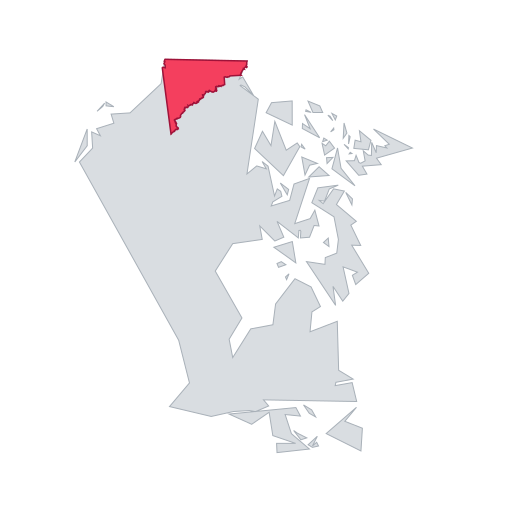 where Yukon sits in Canada, rotated 83°
{"feature_id": "CAN-636", "entity_name": "Yukon", "entity_type": "Territory", "adm_level": 1, "iso_a3": "CAN", "parent_name": "Canada", "parent_adm1": "", "projection": "albers", "projection_center": [-131.937, 64.827], "detail": "fine", "context": "in_parent", "style": "filled", "palette": "rose", "viewbox_px": 512, "rotation_deg": 83, "n_neighbors": 0, "source": "natural_earth", "source_scale": "10m", "svg_char_len": 8565}
<svg xmlns="http://www.w3.org/2000/svg" viewBox="0 0 512 512"><g transform="rotate(83 256 256)"><path d="M98.6,363.6L73.4,329.2L49.7,322.4L61.4,241.1L78.5,251.2L76.6,247.4L96.3,238.9L86.7,246.5L84.4,250.1L85.0,251.0L100.6,234.6L173.5,255.0L166.7,244.3L170.7,235.2L163.0,238.4L168.3,233.1L198.7,230.3L192.0,226.7L194.8,223.6L199.9,223.0L204.3,232.7L208.2,234.8L204.9,215.8L189.2,209.5L185.5,193.4L228.6,213.6L225.5,197.7L217.7,192.0L233.9,189.8L232.8,194.6L243.9,200.6L243.5,209.7L237.0,208.5L235.9,208.9L235.9,210.3L243.2,211.8L224.2,230.9L240.7,226.1L243.4,235.5L226.6,248.6L240.3,247.8L240.9,277.6L266.0,298.3L315.8,277.5L335.3,292.8L354.0,291.5L327.7,270.1L326.3,247.6L306.0,242.4L283.3,220.1L293.4,205.1L314.0,198.2L318.3,207.3L337.8,211.6L330.7,183.3L379.5,187.9L390.0,174.6L391.1,192.1L394.3,193.2L393.4,176.0L412.7,173.8L399.7,266.1L406.4,261.7L410.4,275.5L408.6,281.4L407.6,297.3L409.8,320.0L394.9,360.2L373.9,337.5L330.2,343.0L141.2,419.8L129.0,405.0L112.8,404.0L117.7,395.8L110.2,398.7L106.9,380.9L97.5,382.5L98.6,363.6ZM208.5,186.5L212.2,183.0L198.8,170.8L202.3,160.4L214.7,169.9L233.8,152.2L236.9,158.1L258.3,150.8L256.9,159.7L286.9,146.2L296.5,160.5L286.9,162.7L284.4,157.3L277.4,170.9L304.5,168.3L311.4,175.4L295.5,183.3L314.7,183.0L267.7,206.6L272.7,188.6L266.0,187.4L263.0,175.5L249.6,172.2L226.6,173.8L209.9,194.1L195.9,186.3L195.7,165.7L198.4,175.1L209.9,181.3L208.5,186.5ZM144.3,123.9L167.9,87.6L173.6,124.5L180.6,120.6L179.8,139.5L188.2,135.9L188.4,144.2L172.6,154.9L173.4,146.7L168.3,144.4L175.8,142.4L176.7,140.8L174.9,136.1L164.7,136.7L169.5,132.4L170.3,129.2L157.3,127.3L168.2,124.1L161.1,123.0L164.7,113.0L162.3,114.7L161.3,110.1L144.3,123.9ZM124.7,220.9L154.7,213.1L148.8,201.3L152.8,199.2L179.6,219.0L149.1,244.3L133.0,234.4L148.3,227.7L124.7,220.9ZM436.3,261.2L412.7,262.0L422.5,280.8L409.6,302.0L411.3,234.9L420.3,231.4L416.9,246.4L436.7,242.5L454.1,226.5L453.7,259.1L444.5,258.4L446.8,239.5L436.3,261.2ZM106.5,201.2L130.5,204.1L115.0,228.5L105.7,221.9L106.5,201.2ZM144.3,138.1L155.2,127.8L164.3,131.5L161.1,145.8L153.1,143.5L155.4,137.9L144.3,138.1ZM158.7,161.9L179.3,160.9L198.4,149.2L178.7,170.0L158.7,161.9ZM121.6,190.6L146.4,178.4L135.1,194.5L130.2,193.7L136.2,186.8L121.6,190.6ZM418.4,174.7L430.9,188.0L439.9,171.4L462.3,175.6L440.8,208.0L418.4,174.7ZM163.3,198.5L171.6,183.8L172.4,191.7L181.6,197.5L163.3,198.5ZM249.5,237.2L246.1,218.2L267.7,217.3L249.5,237.2ZM175.1,182.5L185.0,173.7L184.0,194.0L175.1,182.5ZM121.7,172.3L120.5,182.0L108.6,185.5L114.8,174.4L121.7,172.3ZM158.5,164.9L164.2,175.6L152.3,176.7L155.1,173.3L151.0,169.2L158.5,164.9ZM134.7,152.4L145.1,150.8L149.8,155.1L134.7,152.4ZM109.4,408.1L126.0,410.1L140.6,424.4L109.4,408.1ZM203.8,159.2L211.1,153.3L217.0,154.6L203.8,159.2ZM186.5,223.0L193.9,215.5L199.1,217.5L186.5,223.0ZM167.5,167.6L172.9,174.2L167.0,174.0L167.5,167.6ZM149.1,148.0L156.1,150.5L147.7,149.1L149.1,148.0ZM247.0,182.1L255.5,182.4L250.8,187.4L247.0,182.1ZM126.3,165.4L131.0,163.3L125.0,167.5L126.3,165.4ZM155.9,194.2L153.2,198.0L150.7,197.1L155.9,194.2ZM442.4,217.1L451.4,223.1L448.3,218.5L452.2,217.1L452.8,223.3L449.7,227.3L442.4,217.1ZM126.9,158.8L130.6,160.7L123.7,163.3L126.9,158.8ZM423.0,216.4L418.6,222.3L409.6,227.0L415.5,219.5L423.0,216.4ZM268.3,227.4L270.0,235.0L266.0,236.1L264.7,231.6L268.3,227.4ZM84.8,386.1L90.5,378.9L88.7,386.5L84.8,386.1ZM155.9,155.0L159.7,151.1L160.9,151.4L155.9,155.0ZM149.7,171.2L150.6,175.9L147.2,174.3L149.7,171.2ZM433.8,239.9L436.9,236.5L442.7,227.8L443.9,233.9L433.8,239.9ZM277.7,225.4L283.2,228.5L280.4,229.3L277.7,225.4ZM120.2,183.7L118.5,189.1L117.0,188.5L120.2,183.7ZM166.0,148.3L166.0,151.1L164.6,149.8L166.0,148.3ZM140.2,163.3L141.9,166.8L138.5,163.3L140.2,163.3ZM85.8,387.6L88.9,389.9L93.0,396.1L85.8,387.6Z" fill="#d9dde1" stroke="#a8b0b8" stroke-width="1"/><path d="M51.6,323.4L49.8,322.4L49.7,322.3L49.7,322.2L61.4,241.1L61.7,241.2L61.7,241.3L61.8,241.3L62.0,241.3L62.5,241.5L63.2,241.7L63.7,241.8L64.0,241.7L64.7,241.8L65.6,242.3L65.1,242.0L65.3,242.3L66.3,242.6L66.5,242.9L66.9,243.0L67.3,243.8L67.9,244.5L68.3,245.2L68.3,245.5L68.5,245.4L68.6,245.5L68.8,245.6L69.0,245.1L68.8,245.2L69.0,245.0L69.2,245.6L69.4,246.2L69.8,246.6L71.5,247.8L71.8,247.9L71.9,248.0L72.2,248.3L72.4,248.5L72.9,248.5L73.1,248.6L73.2,248.8L73.4,248.8L73.8,249.2L74.1,249.3L74.3,249.1L74.6,249.2L74.8,249.0L74.1,259.4L74.1,259.7L74.1,260.0L74.6,260.3L74.8,260.7L74.8,261.2L74.9,261.4L74.8,261.5L74.8,261.9L74.7,262.2L75.0,262.5L74.9,262.6L75.0,263.2L74.9,263.4L74.8,263.9L74.5,264.1L74.4,264.3L74.5,264.5L74.4,264.9L74.5,265.0L74.4,265.3L74.5,265.5L74.6,265.8L82.6,266.2L82.4,266.3L81.8,266.3L81.7,266.5L82.2,267.0L82.3,267.1L82.4,267.3L82.5,267.4L82.6,267.7L82.7,267.9L82.8,268.0L82.7,268.3L82.5,268.5L82.8,269.0L82.7,269.2L82.7,269.3L82.8,269.4L83.0,269.8L83.3,270.0L83.0,270.3L82.9,270.4L83.0,270.6L83.1,271.0L82.8,271.0L82.7,271.2L82.6,271.7L82.4,272.3L82.5,272.4L83.1,272.4L83.3,272.5L83.3,273.1L83.3,273.4L83.3,273.7L82.9,274.0L82.8,274.4L82.9,274.5L83.1,274.6L83.0,275.2L83.1,275.4L83.9,275.5L84.0,275.4L84.0,275.2L84.3,275.2L84.8,274.9L85.4,274.8L85.6,274.9L85.6,275.1L85.6,275.3L85.3,275.7L85.4,275.9L85.6,275.9L85.9,275.8L86.0,275.5L86.0,275.4L86.2,275.2L86.5,274.9L86.8,274.8L87.0,275.2L87.1,275.3L87.4,275.1L87.6,275.2L87.6,275.4L87.6,275.6L87.0,275.9L86.8,276.3L86.8,276.5L87.5,277.1L87.8,277.6L87.8,277.8L88.0,278.1L88.2,278.7L88.1,278.9L87.8,279.1L87.8,279.4L87.7,279.6L87.7,280.0L86.9,280.8L86.8,281.0L86.8,281.4L86.5,281.5L86.2,281.9L86.0,282.0L85.9,282.2L86.2,282.5L86.3,282.5L86.3,282.4L86.5,282.4L86.7,282.2L86.8,282.3L86.9,282.5L86.8,283.0L87.1,283.2L87.5,283.2L87.5,283.3L87.6,283.6L87.3,283.8L87.2,284.0L86.9,284.2L86.9,284.4L87.0,284.7L87.0,284.9L87.0,285.1L86.6,285.3L86.5,285.5L86.8,285.9L87.0,285.8L87.6,285.9L88.2,286.5L88.6,286.6L89.1,287.4L89.4,287.8L89.8,287.9L90.0,288.1L89.9,288.4L89.7,288.7L89.6,288.9L89.5,289.3L90.0,289.2L90.3,289.4L90.5,289.3L90.8,289.1L91.0,289.0L91.1,288.7L91.7,288.9L92.1,288.9L92.4,289.4L92.3,289.5L92.6,289.8L92.4,290.2L92.7,290.3L92.9,290.8L93.1,291.0L92.9,291.3L92.9,291.5L93.2,292.0L93.2,292.3L93.4,292.2L93.6,292.2L93.6,292.3L93.5,292.6L93.7,292.9L94.3,293.3L94.5,293.2L94.9,293.6L95.0,293.9L95.1,294.0L95.8,294.3L96.1,294.3L96.2,294.5L95.8,294.7L95.7,294.9L95.4,295.1L95.6,295.5L96.1,295.2L96.3,295.3L96.2,295.5L96.3,295.7L96.2,295.8L96.8,295.9L96.8,296.2L97.1,296.4L97.3,297.1L97.1,297.4L97.0,297.5L97.0,298.0L96.8,298.3L96.4,298.4L96.2,298.6L96.1,299.0L96.5,299.0L96.8,299.5L97.1,299.6L97.3,300.2L97.4,300.3L97.3,300.5L97.8,300.8L98.1,300.7L98.3,300.7L98.4,300.9L98.1,301.3L98.1,301.5L98.0,301.8L97.9,302.1L98.0,302.3L97.7,302.3L97.7,302.5L97.8,302.6L98.0,302.9L98.3,303.4L98.3,303.5L98.4,303.9L98.6,303.9L98.7,304.1L98.8,304.2L98.8,304.4L98.9,304.6L98.7,304.9L98.6,305.0L99.1,304.9L99.6,305.3L100.0,305.4L100.2,305.6L100.3,305.8L100.2,306.0L99.9,306.0L99.8,306.3L99.9,306.6L100.1,306.7L99.9,306.9L99.8,307.1L99.9,307.7L100.1,308.1L100.3,308.2L100.2,308.3L99.9,308.5L100.1,308.7L100.6,309.0L101.0,308.8L101.4,309.0L101.5,308.9L101.7,309.1L101.8,309.4L102.0,309.4L102.3,309.0L102.4,308.9L103.0,308.8L103.2,309.2L103.7,309.6L103.7,309.9L103.9,310.1L104.2,310.3L104.3,310.6L104.4,311.1L104.5,311.2L104.8,311.0L105.0,311.1L105.4,311.7L105.4,312.2L105.5,312.4L105.8,312.6L106.3,313.1L106.7,313.3L106.9,313.6L107.2,313.7L107.4,313.9L108.1,313.9L108.4,313.8L109.1,314.2L109.2,314.4L109.3,314.8L109.6,315.0L109.6,315.3L109.7,315.8L109.9,316.6L109.8,316.9L109.9,317.1L109.8,317.3L109.6,317.5L109.8,317.9L110.1,317.7L110.3,317.7L110.3,318.2L110.5,318.7L110.5,319.0L110.5,319.5L110.7,319.9L110.7,320.1L110.9,320.3L111.1,320.1L111.3,320.1L111.6,320.3L112.0,319.8L112.3,319.7L112.7,320.0L113.3,319.9L113.5,319.6L113.4,319.3L113.4,319.2L113.6,319.1L113.9,319.1L114.0,319.1L114.0,319.4L114.1,319.5L114.4,319.6L114.5,319.5L114.6,319.0L114.7,318.8L114.8,318.7L115.1,318.8L115.7,319.2L116.4,319.2L117.2,319.5L117.5,319.3L117.9,318.8L118.6,318.7L119.1,318.6L119.2,318.2L119.3,317.7L119.7,317.7L120.0,317.7L120.3,317.6L120.4,317.8L120.7,318.5L121.0,319.0L120.9,319.3L120.5,319.7L120.5,320.0L120.7,320.4L121.3,320.9L121.4,321.2L121.6,321.7L122.1,321.6L122.3,321.6L122.5,322.0L122.5,322.5L122.7,322.9L122.9,323.3L123.2,323.8L123.6,324.3L123.9,324.8L123.7,325.3L123.7,325.5L123.9,325.5L124.3,325.2L124.6,325.3L124.7,325.5L57.8,326.1L57.3,325.4L57.4,325.1L58.0,323.4L58.1,323.1L55.4,322.9L54.0,323.9L53.8,323.9L52.1,322.8L51.7,323.3L51.6,323.4ZM67.1,241.8L67.7,242.2L67.8,242.4L67.7,242.5L67.3,242.4L67.0,242.8L66.8,242.6L66.6,242.3L66.4,242.4L66.8,241.9L67.1,241.8Z" fill="#f43f5e" stroke="#9f1239" stroke-width="1.5"/></g></svg>